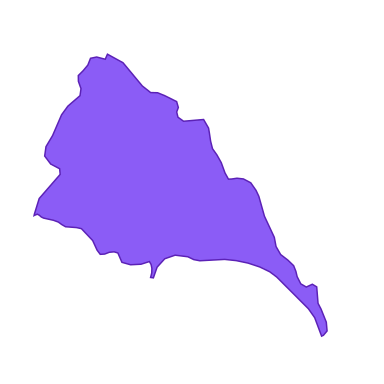 the border of Yilan, rotated 98°
{"feature_id": "TWN-1163", "entity_name": "Yilan", "entity_type": "County", "adm_level": 1, "iso_a3": "TWN", "parent_name": "Taiwan", "parent_adm1": "", "projection": "natural_earth1", "projection_center": [121.682, 24.662], "detail": "fine", "context": "isolated", "style": "filled", "palette": "violet", "viewbox_px": 384, "rotation_deg": 98, "n_neighbors": 0, "source": "natural_earth", "source_scale": "10m", "svg_char_len": 1435}
<svg xmlns="http://www.w3.org/2000/svg" viewBox="0 0 384 384"><g transform="rotate(98 192 192)"><path d="M316.7,43.6L299.4,53.0L291.4,60.5L264.4,96.3L260.2,103.9L256.8,114.5L254.6,126.6L253.8,138.6L254.2,150.3L259.0,174.7L258.7,180.9L256.7,187.1L256.9,199.9L261.9,209.7L271.3,216.1L282.4,218.3L282.4,221.1L277.7,220.6L273.2,221.1L269.5,222.4L266.8,224.5L270.6,232.4L272.6,242.7L271.4,251.6L262.7,256.9L262.1,260.8L263.2,265.5L265.6,269.8L266.5,274.2L262.8,277.9L253.9,283.6L243.7,296.4L243.3,301.3L244.0,312.4L242.3,316.6L240.4,320.1L239.3,325.2L238.5,335.3L237.7,337.8L236.3,339.9L235.5,342.1L237.0,344.7L237.3,345.1L235.8,345.0L219.7,342.4L192.9,325.0L187.4,326.3L184.0,335.8L176.9,342.9L167.4,342.9L155.5,337.9L133.7,331.9L124.3,326.9L120.6,323.7L112.2,316.3L105.1,316.3L98.2,319.9L92.5,320.8L87.2,316.8L80.8,312.8L73.7,311.1L71.6,305.2L72.6,296.4L67.3,294.9L73.6,278.3L93.9,256.0L99.3,246.8L98.5,239.9L100.4,232.4L103.8,222.2L104.6,219.8L110.2,217.3L114.9,218.3L119.9,216.3L123.1,210.2L118.6,190.6L126.4,184.5L130.8,183.1L139.2,180.6L146.3,177.7L151.8,172.5L158.9,167.1L168.5,162.0L174.2,157.7L173.6,154.5L172.1,149.4L171.9,142.9L174.7,135.1L181.5,128.8L187.0,125.2L205.9,116.9L225.4,104.2L234.3,101.2L241.6,95.5L246.1,87.6L250.8,81.1L256.1,78.1L261.2,76.1L267.8,71.5L270.2,65.6L266.6,60.0L268.6,55.3L284.7,51.7L290.0,47.9L302.2,40.9L310.8,38.9L315.6,41.9L316.7,43.6Z" fill="#8b5cf6" stroke="#5b21b6" stroke-width="1.5"/></g></svg>